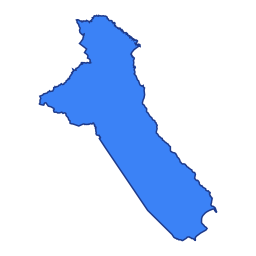 Karonga, Karonga, Malawi
{"feature_id": "42251766B7861013170277", "entity_name": "Karonga", "entity_type": "district", "adm_level": 2, "iso_a3": "MWI", "parent_name": "Malawi", "parent_adm1": "Karonga", "projection": "orthographic", "projection_center": [33.891, -10.08], "detail": "fine", "context": "isolated", "style": "filled", "palette": "blue", "viewbox_px": 256, "rotation_deg": 0, "n_neighbors": 0, "source": "geoboundaries", "source_scale": "gbopen_adm2", "svg_char_len": 5661}
<svg xmlns="http://www.w3.org/2000/svg" viewBox="0 0 256 256"><path d="M147.7,210.4L172.0,234.4L173.9,237.3L175.0,238.0L176.2,238.4L176.7,239.0L177.2,239.0L177.6,238.8L178.6,239.7L180.8,239.8L182.2,240.6L182.9,240.4L186.5,238.1L187.2,237.2L188.9,236.9L189.5,237.0L189.9,237.5L190.6,237.6L191.6,238.5L192.4,238.5L193.5,238.9L194.9,240.3L195.3,240.3L195.4,239.2L195.1,238.4L195.6,237.2L196.5,236.1L200.5,233.1L206.0,230.0L207.1,228.5L206.1,227.3L204.6,226.4L203.9,225.3L202.4,223.9L201.5,222.7L201.6,218.7L202.1,216.9L202.9,215.5L204.9,213.3L206.5,212.0L209.2,210.5L212.5,209.2L213.9,209.0L214.3,209.4L214.7,210.5L216.1,212.2L216.4,212.2L216.6,211.8L216.1,211.2L216.2,210.8L215.7,210.2L215.8,209.4L215.6,209.0L215.3,209.0L215.2,208.0L214.8,207.9L214.5,207.2L213.8,206.9L213.6,206.6L212.9,206.2L212.2,206.3L211.4,205.7L210.9,204.6L211.6,202.0L211.6,201.0L212.0,199.7L212.0,198.6L212.2,198.2L211.6,197.9L211.5,197.3L211.0,196.9L210.6,196.2L210.3,196.2L210.2,195.3L209.7,194.9L209.5,194.1L209.8,193.6L209.6,193.3L210.1,192.9L210.1,192.5L208.8,191.7L208.4,190.9L207.7,191.1L206.1,190.3L205.8,190.0L205.6,188.7L203.2,187.4L202.0,186.2L201.9,185.7L200.8,185.7L199.7,184.5L199.3,183.7L199.3,182.7L198.5,181.2L197.6,180.3L197.0,180.6L196.3,180.3L194.6,178.3L195.4,174.3L194.6,172.5L193.6,172.4L192.8,172.0L192.0,170.9L191.8,169.9L190.6,169.4L189.5,168.4L188.9,168.2L188.4,167.5L186.8,166.6L186.3,165.5L185.7,165.1L185.3,164.4L184.1,163.9L182.3,163.9L181.4,163.2L180.9,162.3L180.2,162.0L179.8,160.2L178.8,158.4L177.2,156.9L176.7,155.3L176.0,154.4L175.8,153.7L174.7,152.9L172.8,152.5L170.7,151.3L170.4,150.3L170.4,146.7L169.1,145.7L167.9,143.9L167.0,143.6L165.9,142.5L165.5,142.5L163.3,140.3L162.5,140.1L162.2,138.4L161.3,138.2L160.0,136.9L159.1,136.5L157.6,134.0L156.4,133.1L156.3,131.7L157.1,128.6L156.7,126.8L157.2,125.3L156.2,123.8L156.1,122.9L155.1,122.0L154.7,120.6L152.9,119.9L152.3,119.2L151.9,117.9L149.9,116.2L148.0,112.9L147.0,112.2L146.5,111.4L146.7,109.0L146.4,108.2L145.3,107.4L144.1,105.1L142.7,104.2L142.4,102.7L143.1,100.0L144.0,98.0L144.6,94.8L144.1,90.1L144.5,87.9L143.8,87.6L143.5,86.8L143.2,86.7L143.2,85.5L141.9,86.1L141.3,85.6L140.6,85.5L139.8,84.5L138.5,80.7L137.7,80.2L137.3,79.5L136.0,75.9L134.2,73.9L134.3,73.4L134.9,73.1L134.8,71.2L134.2,70.2L134.2,69.7L135.3,67.4L134.9,66.4L134.6,66.3L133.7,67.5L133.2,67.7L134.0,66.8L133.4,65.3L133.8,62.6L133.4,60.3L133.9,59.6L134.3,58.1L132.6,56.5L132.3,55.9L132.2,55.9L132.1,56.4L131.5,55.3L131.5,54.1L131.0,54.0L131.8,52.4L134.1,49.6L138.0,46.7L139.5,46.1L140.1,46.4L139.9,44.7L138.7,44.2L138.2,45.2L137.9,45.4L137.7,45.3L137.7,44.7L137.2,44.7L136.6,44.0L136.3,44.4L136.3,43.9L135.6,44.2L135.0,43.4L135.0,43.2L135.6,43.5L136.8,42.7L136.8,41.9L137.5,41.1L137.4,40.7L136.2,40.0L135.4,40.3L134.8,39.7L134.0,40.4L133.9,39.3L133.4,39.2L132.6,39.5L133.0,38.7L131.9,38.4L132.0,37.7L131.0,36.8L130.4,37.0L130.3,37.8L129.7,37.8L129.7,37.2L130.1,36.6L130.0,36.1L129.5,35.7L128.5,35.9L128.4,35.3L127.8,35.2L127.8,34.9L127.4,34.6L127.6,34.2L127.3,33.5L127.0,33.4L126.8,33.9L126.4,34.1L126.5,33.2L126.2,32.7L125.6,32.9L124.8,32.5L123.9,32.8L123.4,32.8L123.1,31.1L122.6,30.9L122.2,31.1L122.3,30.1L122.0,29.7L121.1,30.3L120.5,28.6L120.0,29.0L119.6,28.2L118.7,28.7L118.5,28.1L117.7,28.3L117.4,27.6L115.6,26.6L115.5,25.6L114.6,25.7L114.6,24.5L115.0,23.4L114.8,22.9L114.1,22.5L113.2,23.3L112.9,22.5L112.2,22.2L112.1,21.1L111.7,20.7L110.9,20.5L109.8,20.7L108.9,20.4L108.3,19.0L107.3,18.7L107.2,17.2L105.7,16.1L104.8,16.2L103.5,15.8L101.3,16.0L100.5,15.8L99.9,15.9L98.6,15.4L98.2,16.2L97.0,15.9L96.7,15.4L95.5,16.1L94.4,15.8L94.0,16.1L93.6,17.3L92.4,17.7L93.0,18.6L92.0,19.3L91.5,20.0L91.7,21.2L91.4,21.4L90.9,20.8L90.4,20.8L89.4,22.4L88.7,21.4L86.5,20.4L85.9,21.3L85.2,21.0L84.1,21.1L83.1,20.9L82.9,21.6L81.9,21.9L81.4,21.0L80.4,21.1L78.5,19.9L77.1,19.7L76.4,20.0L77.0,20.8L77.1,22.5L78.6,24.4L79.2,26.5L80.1,28.0L80.1,28.7L79.5,30.1L80.0,32.5L82.1,34.6L83.3,34.4L84.1,34.0L84.0,35.1L83.2,35.7L83.5,37.0L83.1,37.5L82.8,39.2L81.5,40.9L81.0,41.8L79.5,43.5L86.6,49.0L84.5,52.6L86.0,53.6L87.8,55.3L87.9,56.4L87.5,58.0L89.2,58.9L90.1,59.9L90.2,60.7L89.9,61.2L90.4,61.9L89.8,62.7L90.3,62.9L89.8,63.1L87.1,62.5L86.5,63.0L85.9,63.1L84.7,62.7L81.6,62.6L81.5,62.8L82.0,63.0L82.6,63.7L82.5,64.0L81.9,64.1L81.1,63.7L81.1,64.4L79.7,65.2L78.7,67.1L77.7,67.6L76.8,68.4L76.2,68.3L75.7,69.0L76.0,70.2L74.5,70.2L72.9,69.2L73.5,71.1L73.3,71.5L72.5,71.8L72.2,72.6L71.8,72.7L72.2,73.5L71.1,74.5L70.8,75.5L70.0,76.2L69.5,77.4L69.6,78.6L69.4,78.8L68.9,78.6L68.6,78.9L68.2,78.7L67.7,79.9L66.3,80.6L65.9,82.1L64.1,83.3L63.7,84.3L62.4,84.5L61.3,83.7L59.9,85.1L59.1,85.1L58.1,86.3L57.3,86.6L56.9,86.5L55.6,87.2L55.0,86.6L54.8,87.0L53.7,87.7L53.7,89.1L52.7,91.0L50.3,91.5L49.5,90.8L48.9,91.7L47.7,92.1L47.4,92.7L46.9,93.1L43.6,93.9L42.6,95.1L39.8,96.2L40.8,98.5L40.0,100.1L40.1,102.6L39.4,103.9L39.9,104.3L42.2,104.9L43.7,105.1L44.0,104.8L44.2,103.5L45.2,102.8L45.9,102.8L48.3,106.1L51.3,106.9L52.8,107.9L53.8,108.3L54.2,109.3L53.5,110.0L53.9,111.7L54.3,112.2L56.5,112.2L57.6,112.9L58.4,112.9L59.5,112.9L61.8,112.2L63.0,113.4L64.6,112.8L65.8,113.4L66.1,115.5L68.1,117.7L68.7,119.8L70.0,120.9L70.0,123.1L70.3,123.4L72.0,123.9L72.8,123.9L78.8,126.0L83.0,124.1L84.0,123.9L84.7,124.5L85.7,124.3L86.3,124.5L87.1,124.3L88.1,124.5L88.7,124.1L89.3,124.2L90.5,123.5L91.3,123.9L92.1,124.0L92.7,123.2L93.6,123.1L94.1,124.4L94.8,125.1L94.5,125.6L95.0,126.7L95.7,126.9L95.9,127.2L95.9,128.0L95.5,128.1L95.4,128.5L95.8,129.4L95.9,131.5L96.3,132.2L96.0,133.5L96.4,134.7L96.8,135.0L98.1,135.3L98.4,135.6L99.2,135.4L99.5,136.2L100.4,137.3L100.4,137.8L100.2,138.1L99.5,138.1L99.3,138.5L105.2,147.5L147.7,210.4Z" fill="#3b82f6" stroke="#1e3a8a" stroke-width="1.5"/></svg>